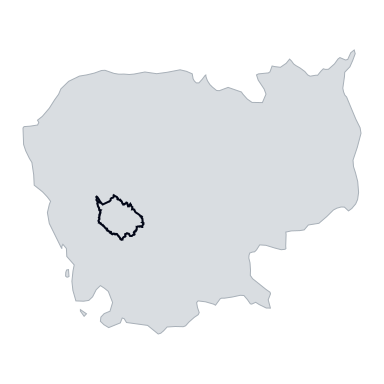 location of Phnum Kravanh, Pouthisat, Cambodia
{"feature_id": "14789045B35445184191564", "entity_name": "Phnum Kravanh", "entity_type": "district", "adm_level": 2, "iso_a3": "KHM", "parent_name": "Cambodia", "parent_adm1": "Pouthisat", "projection": "orthographic", "projection_center": [103.822, 12.181], "detail": "fine", "context": "in_parent", "style": "outline", "palette": "ink", "viewbox_px": 384, "rotation_deg": 0, "n_neighbors": 0, "source": "geoboundaries", "source_scale": "gbopen_adm2", "svg_char_len": 7870}
<svg xmlns="http://www.w3.org/2000/svg" viewBox="0 0 384 384"><path d="M354.2,50.0L355.2,53.7L352.7,60.5L349.9,66.8L344.7,72.3L344.5,76.3L342.8,88.2L343.6,92.0L344.9,95.2L346.6,97.0L351.4,108.6L355.8,119.1L360.1,127.8L361.0,133.3L357.3,147.3L353.0,160.2L353.5,166.6L355.5,172.9L357.7,181.5L358.6,192.4L357.6,199.5L355.7,203.9L351.8,208.5L348.5,210.9L344.4,207.1L341.1,207.0L336.8,208.2L333.4,210.0L326.6,216.7L318.9,223.3L308.3,225.0L304.2,229.9L299.8,230.6L291.3,230.9L285.8,232.1L286.1,234.5L285.7,245.9L285.9,248.6L285.0,249.3L281.2,249.7L274.7,248.0L265.9,245.3L259.7,244.9L256.5,249.9L254.6,251.8L252.3,252.1L249.8,253.0L249.0,255.3L248.8,258.0L250.0,262.8L250.5,270.3L250.3,275.4L252.6,278.7L266.1,289.5L270.0,292.2L270.5,293.8L268.2,299.8L270.4,308.1L266.2,308.0L259.1,304.5L255.7,302.3L251.7,304.1L250.3,303.8L247.5,299.7L243.9,295.5L240.2,295.3L232.4,297.0L224.4,298.2L221.4,298.2L220.1,298.9L215.5,305.2L213.5,304.1L205.5,301.8L198.1,300.9L196.6,302.6L197.5,307.6L199.2,312.6L198.2,314.7L194.2,317.4L188.9,322.1L185.6,325.8L183.3,326.7L175.2,326.5L167.1,327.0L163.9,330.5L160.8,333.2L158.2,334.0L147.6,325.4L126.5,322.5L124.2,318.7L122.2,318.0L120.3,322.9L108.7,327.6L103.9,324.7L100.4,321.3L100.9,317.1L104.2,313.6L110.0,311.2L112.6,302.5L108.3,291.4L104.4,288.2L100.4,285.6L96.2,289.7L92.6,296.8L88.8,300.4L83.6,301.2L75.9,300.9L72.9,290.4L71.9,281.3L73.0,271.0L74.2,264.9L66.8,256.5L66.4,248.5L62.9,244.3L61.8,246.4L61.9,248.7L60.9,247.0L49.3,223.5L47.4,212.6L49.4,204.2L50.6,201.3L47.3,196.9L42.6,191.9L34.2,185.2L33.7,174.8L31.9,162.5L29.4,158.4L25.7,150.8L23.6,144.5L23.0,128.0L24.1,126.6L30.0,126.2L37.6,125.0L38.8,122.4L37.5,120.2L42.3,116.4L49.3,108.2L54.7,99.7L58.6,94.3L60.9,88.9L68.7,81.3L79.4,76.1L86.7,74.9L94.3,73.1L101.5,70.5L105.0,70.3L114.0,73.4L118.9,74.2L124.0,74.1L129.3,74.5L133.9,74.1L144.9,72.0L156.7,73.7L167.1,72.3L180.1,69.8L186.4,71.3L192.2,73.8L193.1,78.8L194.4,81.1L196.3,82.9L198.9,82.9L202.2,79.3L204.9,75.7L205.8,75.0L206.0,76.8L207.4,80.7L209.9,84.6L212.4,87.1L216.6,90.5L219.3,90.7L228.1,87.4L241.4,92.0L243.0,94.3L247.3,99.1L252.0,102.4L262.4,102.6L266.0,94.1L264.1,89.0L258.2,80.1L256.5,74.9L258.4,73.9L268.4,72.9L270.0,71.8L272.1,66.0L274.8,66.6L280.4,67.3L286.2,63.3L289.6,59.1L291.5,61.0L293.6,63.9L295.9,65.6L300.1,68.0L304.8,71.5L307.7,74.9L310.1,76.2L316.0,75.2L317.6,75.3L321.0,71.1L323.3,68.8L325.4,69.4L328.4,69.3L334.5,63.9L338.0,59.0L339.9,57.6L345.5,60.0L347.7,59.5L350.8,52.7L354.2,50.0ZM69.0,276.5L67.8,277.1L66.8,277.1L65.6,276.1L65.8,272.3L66.6,270.0L68.5,269.6L69.0,276.5ZM86.5,313.8L84.1,316.3L80.4,311.1L80.4,309.6L86.5,313.8Z" fill="#d9dde1" stroke="#a8b0b8" stroke-width="1"/><path d="M141.7,216.5L141.4,216.5L141.3,216.3L140.8,216.4L140.8,216.2L140.6,216.2L139.9,215.7L139.8,215.2L137.1,213.2L136.8,213.1L136.6,213.1L135.4,212.0L134.9,211.5L134.9,211.0L134.4,210.0L134.2,209.9L134.2,209.6L133.8,209.5L133.2,209.5L133.1,209.4L133.0,209.1L132.5,209.0L132.3,208.9L132.1,209.0L132.4,207.1L131.4,206.4L131.3,206.2L131.2,206.1L131.2,205.5L131.0,204.7L130.5,204.3L130.3,203.9L129.5,205.0L129.4,205.3L128.9,206.1L128.9,206.3L128.6,206.3L128.1,206.3L128.1,206.2L128.0,205.8L127.9,205.6L128.0,205.5L128.0,205.4L128.0,205.1L127.8,204.9L127.3,204.0L127.3,203.7L127.4,203.3L126.9,202.8L126.8,202.7L126.7,202.7L126.4,202.6L126.3,202.8L125.5,203.4L125.4,203.6L124.4,204.4L124.2,204.5L123.8,204.6L123.7,204.5L123.7,204.4L123.4,204.4L123.5,204.1L123.5,203.9L123.2,203.9L122.8,203.8L122.4,203.5L122.3,203.3L122.0,202.3L121.9,201.9L121.7,201.6L121.7,201.4L121.3,201.0L121.0,200.6L120.6,200.4L120.5,200.2L120.3,200.5L120.2,200.4L119.6,200.2L119.3,199.8L118.9,199.6L118.3,199.3L118.2,199.2L117.8,199.4L117.6,199.4L117.4,199.2L117.5,198.7L117.8,198.7L117.9,198.4L117.6,198.3L117.6,198.1L117.1,197.7L117.0,197.1L116.1,196.6L114.3,195.7L114.1,195.5L114.0,195.4L113.9,195.6L113.6,195.5L113.5,195.9L113.7,196.5L113.6,197.0L113.4,197.4L112.7,197.8L111.6,198.0L111.3,198.2L110.6,199.0L110.6,200.1L110.6,200.3L110.0,200.9L109.3,201.3L109.3,201.5L109.2,201.6L108.8,201.7L108.4,201.8L102.7,204.5L101.4,203.1L101.2,202.8L100.1,201.5L99.8,201.1L99.7,200.8L98.7,199.1L97.4,197.2L96.7,196.6L96.5,196.8L96.3,197.0L96.6,197.4L96.6,197.9L97.1,198.6L96.8,199.2L96.7,199.6L96.4,199.8L96.4,200.0L97.0,200.7L97.2,201.2L97.5,201.2L97.7,201.3L97.9,201.6L97.7,201.5L97.8,201.9L98.0,202.1L98.0,202.4L97.8,202.7L97.5,202.9L97.6,203.4L97.4,203.7L97.3,203.8L97.5,204.1L97.6,204.3L97.6,204.7L97.8,205.0L97.8,205.3L97.9,206.0L98.0,206.1L98.2,206.7L98.5,206.9L98.6,207.4L99.1,207.9L99.1,208.1L99.0,208.7L99.2,209.6L99.4,209.8L99.9,209.8L100.0,209.9L100.0,210.1L100.5,210.2L100.4,210.3L100.5,210.4L100.4,210.5L100.2,210.4L100.2,210.7L100.0,210.8L100.3,211.0L100.2,211.4L100.2,211.8L100.3,211.9L100.2,212.2L100.3,212.4L100.1,212.6L100.2,212.8L100.3,212.8L100.2,213.1L100.3,213.2L100.3,213.4L100.0,213.7L99.8,213.8L99.7,213.9L99.7,214.0L99.9,214.1L99.8,214.4L99.9,214.6L99.8,215.1L99.7,215.2L99.3,215.2L99.3,215.3L99.5,215.3L99.3,215.4L99.3,215.6L99.5,215.7L99.5,215.8L99.5,216.1L99.4,216.3L99.3,216.6L99.2,216.9L99.4,216.9L99.4,217.0L99.1,217.3L99.1,217.7L99.2,217.9L99.0,218.0L99.2,218.3L99.4,218.8L99.4,219.0L99.4,219.3L99.3,219.5L98.9,219.8L98.4,220.9L98.5,221.1L99.0,221.7L99.0,222.0L98.9,222.6L99.3,222.6L99.7,222.9L99.9,223.1L100.3,223.0L100.8,223.3L101.0,223.6L100.8,223.7L100.7,223.9L101.4,224.3L101.6,224.6L102.2,224.8L102.3,225.0L102.5,225.2L102.8,225.1L102.9,225.6L103.0,225.8L103.5,226.0L103.8,226.0L104.2,226.8L104.5,226.9L104.6,227.1L104.8,227.3L104.9,227.6L105.1,227.8L105.5,228.2L105.8,228.3L106.0,228.3L106.4,228.4L106.7,228.5L107.0,228.6L107.2,229.1L107.1,229.4L107.0,229.5L106.9,229.6L106.7,229.8L107.0,230.1L107.2,230.5L107.3,230.5L107.6,230.4L107.7,230.5L108.0,230.6L108.0,230.9L108.4,231.2L108.8,231.2L109.1,231.3L109.2,231.5L109.4,231.5L109.6,231.8L110.5,231.9L110.8,231.8L111.0,231.9L111.2,232.5L111.3,233.0L111.2,233.2L110.9,233.3L111.2,233.5L111.8,233.7L111.9,234.0L112.1,234.2L112.5,234.3L113.2,233.8L113.9,233.5L114.1,233.6L114.3,234.0L114.6,234.1L114.9,234.4L115.2,234.4L115.4,234.4L115.8,233.9L116.1,234.0L116.7,233.9L117.0,234.0L117.4,234.5L117.5,234.6L117.6,234.8L117.5,235.0L117.8,235.4L117.9,235.5L118.0,235.6L118.6,236.0L118.6,236.4L118.7,236.5L118.9,236.5L119.0,236.8L119.7,237.4L120.0,237.9L120.0,238.1L120.1,238.3L120.1,238.6L120.4,239.1L120.5,239.1L120.8,239.2L121.4,239.8L121.8,239.7L122.1,239.4L122.5,239.5L122.6,239.0L122.4,238.6L122.6,238.3L122.9,238.0L123.0,237.8L123.1,237.7L123.3,237.6L123.6,237.1L124.4,236.8L125.0,236.7L125.1,236.4L125.5,236.2L125.5,235.9L125.3,235.6L125.2,235.4L125.2,234.7L125.2,234.3L125.2,234.1L125.7,234.0L126.1,233.8L126.4,233.8L126.4,233.6L126.6,233.4L126.8,233.3L126.9,233.2L127.1,233.2L127.5,233.5L128.1,233.6L128.8,233.7L128.9,233.8L129.2,234.1L129.2,234.4L129.3,234.6L129.3,234.8L129.5,235.1L129.7,235.4L129.8,235.5L129.9,235.9L130.1,236.0L130.6,235.9L131.5,236.0L131.8,236.0L132.1,235.7L132.4,235.5L132.7,235.2L132.9,235.1L133.1,234.9L133.3,234.7L134.0,234.8L134.4,234.7L134.5,234.6L134.6,234.4L134.3,233.4L134.1,232.8L134.0,232.6L133.8,232.5L133.8,232.4L134.3,231.6L134.5,231.5L135.1,231.6L135.3,231.6L135.4,231.1L135.3,230.8L135.5,230.5L135.8,230.5L136.1,230.7L136.3,230.4L136.2,230.1L136.5,229.8L136.4,229.7L136.5,229.4L136.5,229.1L136.7,228.8L136.7,228.4L136.8,228.1L136.8,227.6L136.6,227.0L136.6,226.9L137.1,227.0L137.7,226.5L138.0,226.4L138.7,226.4L139.3,226.7L139.8,226.7L140.0,226.2L140.7,226.2L141.0,226.2L141.4,226.5L141.7,226.9L141.8,226.9L142.1,227.0L142.3,227.0L142.3,226.7L142.2,226.1L142.8,224.9L143.4,224.4L143.4,224.1L143.3,223.9L143.2,223.7L143.3,223.5L143.2,223.5L143.2,223.2L142.9,223.0L142.9,222.6L142.6,222.6L142.4,222.5L142.6,222.4L142.5,222.1L142.6,221.8L142.5,220.4L142.6,220.1L142.4,219.7L142.4,218.7L142.3,218.4L142.0,218.2L141.7,218.1L141.6,217.8L141.6,217.4L141.5,217.1L141.9,216.7L141.7,216.5Z" fill="none" stroke="#020617" stroke-width="2"/></svg>